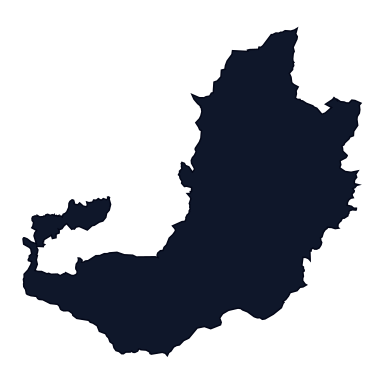 the district of Saliste, Sibiu, Romania
{"feature_id": "2599482B68453018923397", "entity_name": "Saliste", "entity_type": "district", "adm_level": 2, "iso_a3": "ROU", "parent_name": "Romania", "parent_adm1": "Sibiu", "projection": "natural_earth1", "projection_center": [23.849, 45.799], "detail": "fine", "context": "isolated", "style": "filled", "palette": "ink", "viewbox_px": 384, "rotation_deg": 0, "n_neighbors": 0, "source": "geoboundaries", "source_scale": "gbopen_adm2", "svg_char_len": 5902}
<svg xmlns="http://www.w3.org/2000/svg" viewBox="0 0 384 384"><path d="M338.8,228.1L337.9,227.3L338.0,224.3L339.5,222.1L340.8,221.2L342.4,218.2L344.2,218.2L347.9,215.8L348.0,214.5L348.9,213.2L349.0,211.4L349.9,210.6L352.3,209.8L356.0,210.1L356.4,209.0L356.4,208.2L353.7,208.2L351.5,206.3L347.1,205.2L347.6,202.0L348.9,199.7L350.8,198.2L353.3,197.7L352.2,195.6L352.1,193.9L354.0,192.0L354.3,190.8L352.7,188.6L354.8,187.7L356.7,185.4L358.9,184.8L354.5,183.7L354.3,182.2L354.6,179.9L356.7,177.3L355.7,174.4L358.0,170.9L351.1,172.3L345.2,171.5L340.0,168.0L340.0,166.7L340.8,164.8L340.1,161.4L340.5,160.5L345.9,157.7L347.1,155.9L347.2,155.4L342.8,151.2L342.5,147.9L341.8,146.2L343.9,144.8L344.8,142.8L349.0,138.9L349.9,137.0L353.4,135.7L353.7,131.3L357.7,125.4L356.9,119.4L357.2,116.6L359.3,113.2L359.8,109.7L359.3,105.2L361.0,103.2L354.9,100.5L351.8,100.1L349.0,103.0L346.2,102.9L344.2,102.0L340.5,101.7L337.1,99.4L337.1,100.4L334.0,97.6L332.6,99.5L325.5,104.2L331.6,107.5L325.3,113.0L321.9,114.3L316.8,108.2L314.3,107.2L312.8,105.8L306.3,103.3L302.6,100.9L300.6,100.6L300.0,99.4L297.5,99.4L295.4,98.1L296.4,93.9L296.1,90.7L298.2,86.9L293.7,84.5L291.7,82.6L291.0,77.1L289.3,73.3L292.6,69.6L292.6,67.6L293.7,65.7L293.2,62.9L293.9,62.4L293.0,61.3L292.7,58.9L293.2,53.5L294.2,51.4L293.1,47.3L296.9,39.1L297.3,36.6L295.7,33.9L297.2,28.3L294.5,30.0L290.9,31.1L285.1,30.7L282.2,32.4L280.9,32.2L278.7,33.2L275.9,33.0L272.2,34.8L271.3,34.6L263.0,45.6L261.0,47.3L259.0,47.1L258.5,49.3L249.7,49.6L247.6,50.1L248.1,51.1L246.3,51.4L232.5,50.7L232.0,54.4L227.2,60.9L225.5,65.4L225.0,68.6L225.3,69.2L221.4,70.1L221.0,76.8L217.2,81.0L214.0,82.1L213.3,92.7L211.4,93.1L209.7,96.1L206.1,96.7L204.0,97.8L199.2,97.7L191.9,94.5L194.0,99.2L197.7,103.6L200.6,106.0L200.4,106.8L201.4,108.2L201.9,111.7L200.9,115.8L199.5,118.7L195.8,122.7L198.6,127.0L199.7,129.7L201.5,130.6L200.9,138.3L199.4,142.1L195.3,148.3L195.2,149.6L196.2,151.6L194.4,155.4L192.4,157.7L191.3,160.4L191.6,163.3L194.4,168.3L194.2,170.1L192.4,172.1L188.8,166.8L185.5,165.5L184.4,163.4L181.9,162.4L181.2,163.8L181.8,164.7L181.4,166.2L181.9,168.8L179.5,171.2L179.9,171.9L178.5,174.8L179.6,175.7L180.1,178.3L182.0,181.3L181.6,183.2L184.4,186.5L186.6,186.2L191.6,187.5L191.5,191.5L190.3,191.6L190.5,192.6L189.9,193.5L187.2,193.6L190.1,197.0L190.9,198.8L189.3,203.6L189.9,204.9L189.8,207.5L190.3,208.7L189.1,211.1L189.7,211.7L188.1,214.3L187.3,214.7L185.9,217.5L186.0,219.1L184.9,221.4L182.1,221.6L172.5,225.9L175.1,228.9L175.5,230.9L172.8,234.7L169.2,238.1L166.6,244.8L164.1,247.3L163.0,250.5L160.4,250.7L157.8,253.0L157.1,255.1L158.0,257.5L155.2,256.8L136.4,257.0L132.7,255.2L124.3,254.8L117.0,252.3L109.5,252.9L107.3,253.7L104.2,253.7L99.9,255.6L95.9,255.7L88.1,260.7L85.4,261.0L83.2,262.3L81.6,262.1L82.1,260.3L81.8,259.8L79.9,258.2L78.2,258.0L78.5,259.7L78.1,261.7L76.3,264.1L75.8,267.4L75.9,269.0L77.1,270.8L77.1,273.4L75.8,274.7L73.4,275.6L71.3,275.4L65.5,272.6L64.6,274.0L63.8,273.7L60.1,275.7L57.5,274.1L51.0,274.3L48.7,273.3L46.9,273.8L41.6,271.5L37.6,271.4L35.0,270.5L37.3,264.3L36.3,259.8L37.4,255.3L36.4,254.6L37.3,253.0L37.9,249.9L36.8,247.8L36.7,246.3L43.3,246.6L43.3,245.6L44.7,244.6L42.8,243.6L42.8,242.4L43.6,241.9L43.4,241.2L44.1,239.6L51.4,235.2L52.4,238.5L56.0,237.7L56.1,234.1L59.1,233.0L59.2,231.0L58.5,229.3L59.3,229.7L61.9,228.7L64.1,225.7L66.6,223.6L71.7,229.3L72.9,228.8L74.4,229.1L76.0,227.1L79.1,226.4L87.3,230.0L92.0,225.7L94.4,225.2L99.2,222.1L102.9,221.0L105.8,217.4L106.6,213.2L109.2,210.2L110.6,204.4L109.1,199.1L109.5,197.5L108.5,196.9L107.6,197.1L107.9,198.7L106.3,199.7L103.3,198.6L101.8,199.9L100.5,200.0L98.3,198.6L96.3,200.2L93.6,200.0L92.8,201.9L92.1,202.2L88.9,202.7L86.7,202.0L87.4,205.0L86.5,206.8L83.2,206.1L79.6,202.9L77.8,204.8L75.2,204.4L74.0,203.4L74.3,202.6L73.6,200.3L72.1,199.8L70.0,201.4L69.0,203.3L68.8,207.3L66.9,211.7L65.4,213.3L63.2,214.3L62.2,217.0L60.9,216.0L58.4,216.3L58.8,215.5L57.0,216.1L56.4,215.4L54.7,215.8L54.2,215.7L54.2,214.6L53.2,215.3L52.3,214.7L50.2,215.4L47.7,214.3L45.9,214.8L45.0,216.3L43.9,216.0L43.4,216.6L39.7,216.9L37.1,215.3L37.0,216.2L35.1,215.9L32.6,216.9L32.0,218.4L32.2,220.6L33.4,221.9L33.5,223.0L32.8,226.2L31.8,227.8L36.6,230.4L34.8,232.9L34.0,235.8L36.4,243.8L31.1,241.9L27.2,238.9L24.5,237.8L23.7,237.8L23.0,238.9L23.7,244.2L29.4,247.4L30.8,248.9L31.7,253.9L29.2,256.0L29.5,257.1L28.2,259.8L28.5,260.7L31.5,261.5L31.1,264.2L28.0,270.0L24.1,274.2L24.2,277.4L23.4,279.2L23.9,282.9L23.6,283.7L23.8,286.7L25.6,289.5L26.4,293.6L27.3,294.4L31.0,295.7L36.5,296.4L37.7,298.5L39.1,299.4L42.8,299.7L50.3,303.5L57.5,304.3L59.3,306.1L60.5,309.1L61.6,310.0L63.6,310.8L68.3,310.7L69.6,311.4L72.4,313.5L72.9,315.4L76.8,318.4L88.7,320.3L90.2,322.2L93.0,323.1L97.2,325.8L99.4,331.4L105.6,333.7L106.8,336.1L108.6,337.9L110.0,341.8L113.0,343.9L114.0,347.8L116.0,350.6L119.1,351.5L121.7,353.7L123.5,353.7L125.7,352.1L130.5,352.0L131.7,351.0L133.1,352.3L134.8,352.4L137.6,351.1L138.6,349.2L139.5,348.9L140.9,349.7L146.2,350.1L149.8,352.1L150.0,353.5L151.3,354.1L162.3,352.3L165.4,353.3L167.3,355.7L168.8,352.5L170.9,351.1L173.6,347.1L176.4,345.5L179.5,344.9L183.6,340.6L188.9,338.0L197.2,328.0L204.4,326.5L210.7,328.7L220.5,324.8L221.2,322.3L219.7,318.1L222.6,313.8L228.5,310.3L238.0,308.1L240.8,308.5L242.6,309.9L247.5,311.8L254.2,316.7L257.3,317.8L260.1,317.7L262.3,319.3L265.0,318.9L273.3,314.2L281.4,307.7L283.2,303.1L283.9,302.5L282.9,301.6L285.7,299.6L288.5,296.0L290.2,292.6L297.0,290.7L300.0,287.3L303.0,286.9L306.5,284.9L305.0,284.0L302.7,280.8L302.7,278.2L303.4,276.3L302.9,272.5L303.3,271.4L304.1,271.1L304.2,270.1L303.4,268.7L303.4,267.0L301.8,265.8L302.9,257.3L305.7,257.4L308.5,258.6L310.2,260.5L309.9,251.1L311.1,251.0L311.2,249.3L312.9,248.0L314.5,249.1L316.8,249.1L319.2,247.9L321.1,244.8L321.7,242.4L320.8,240.6L320.5,237.8L322.0,236.9L323.3,232.5L325.2,229.7L327.1,228.4L327.3,227.3L331.4,227.4L335.2,228.6L338.8,228.1Z" fill="#0f172a" stroke="#020617" stroke-width="1.5"/></svg>